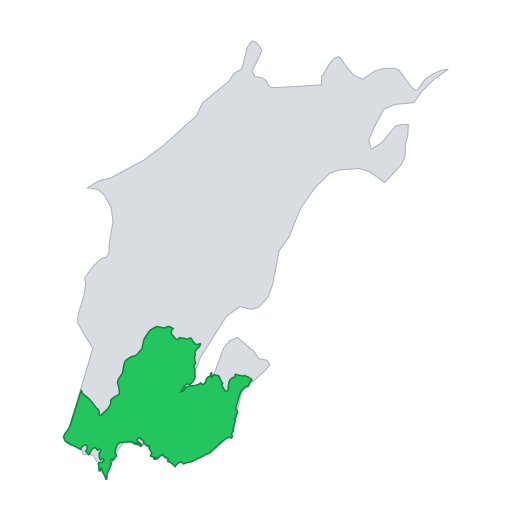 where Guanacaste sits in Costa Rica, rotated 267°
{"feature_id": "CRI-1334", "entity_name": "Guanacaste", "entity_type": "Province", "adm_level": 1, "iso_a3": "CRI", "parent_name": "Costa Rica", "parent_adm1": "", "projection": "albers", "projection_center": [-85.354, 10.467], "detail": "fine", "context": "in_parent", "style": "filled", "palette": "green", "viewbox_px": 512, "rotation_deg": 267, "n_neighbors": 0, "source": "natural_earth", "source_scale": "10m", "svg_char_len": 6794}
<svg xmlns="http://www.w3.org/2000/svg" viewBox="0 0 512 512"><g transform="rotate(267 256 256)"><path d="M471.0,263.3L470.3,265.7L468.1,268.2L465.0,270.8L460.8,272.5L450.7,267.4L440.8,261.6L435.3,264.4L433.4,272.0L429.7,276.0L425.1,277.6L423.3,280.1L423.1,306.0L423.6,330.3L431.1,330.8L443.7,339.2L449.1,344.1L450.8,348.7L449.3,350.9L440.2,356.3L431.3,363.1L426.9,371.5L434.8,385.0L436.6,394.2L436.4,403.8L434.2,408.5L417.0,419.6L413.2,423.5L413.7,426.3L423.4,433.9L427.9,441.2L431.8,450.1L432.4,457.8L423.6,443.6L411.4,430.0L400.9,421.7L400.0,402.0L395.7,391.4L379.9,381.7L366.4,374.9L356.4,376.3L362.6,387.6L378.5,402.0L379.6,407.5L379.4,415.0L368.5,413.9L358.9,410.9L347.2,410.0L339.3,405.6L322.7,388.4L334.4,373.6L338.0,363.9L337.6,343.8L334.8,334.1L322.0,319.3L301.7,303.2L273.4,290.0L260.0,279.3L226.9,271.2L214.3,265.8L204.4,255.7L203.0,248.5L206.4,237.3L197.2,223.2L157.8,195.3L135.8,185.1L131.1,179.0L127.6,177.2L131.0,196.4L140.6,208.0L165.7,218.8L172.7,225.1L175.5,233.3L160.9,249.0L153.5,253.0L151.3,261.6L146.5,264.2L141.5,259.3L121.1,234.7L81.6,222.8L74.5,215.6L59.8,193.1L53.1,172.5L55.6,158.9L71.8,137.6L76.8,128.3L75.8,122.6L76.3,114.1L70.3,108.3L55.4,100.6L45.9,94.4L48.5,91.4L65.6,83.1L66.7,75.7L66.6,73.2L69.4,72.7L71.9,70.7L73.4,68.7L78.1,61.5L82.2,57.5L86.9,56.8L92.7,59.8L114.2,67.5L138.2,76.1L172.4,88.3L186.5,80.4L198.7,74.4L207.2,75.3L225.6,82.2L236.6,84.4L243.4,83.7L255.2,93.8L261.6,101.5L262.7,106.6L266.3,109.3L275.4,109.9L297.9,115.0L311.6,113.9L324.0,108.3L330.8,101.7L332.9,91.3L336.0,96.5L339.8,104.5L341.5,114.8L357.8,149.4L370.8,168.8L399.2,203.9L411.5,210.3L432.3,238.6L439.5,243.2L443.6,251.6L465.0,258.3L471.0,263.3Z" fill="#d9dde1" stroke="#a8b0b8" stroke-width="1"/><path d="M85.2,54.2L88.8,56.0L92.4,59.3L96.5,61.6L109.3,66.4L126.4,72.7L130.9,74.4L130.6,74.7L129.7,74.9L128.9,75.2L128.4,75.2L128.1,75.3L127.6,75.7L121.5,82.5L111.6,89.3L111.4,89.9L111.0,90.5L109.8,91.0L105.5,91.3L105.1,91.9L105.0,92.2L105.0,92.5L105.3,93.1L105.5,93.3L111.2,100.0L112.6,101.1L115.7,102.9L116.5,103.2L119.4,103.5L119.7,103.6L120.0,103.8L120.3,103.9L120.8,104.4L122.0,106.1L125.1,112.3L128.9,112.4L132.2,112.1L134.9,111.4L136.5,111.2L137.3,111.2L138.1,111.2L138.9,111.6L139.9,112.1L143.6,114.6L144.6,115.5L145.3,116.1L147.3,116.8L154.1,118.4L155.5,118.8L157.2,119.5L158.0,120.0L158.8,120.9L160.6,123.7L162.0,126.4L162.6,129.8L163.0,130.7L163.7,131.8L164.1,132.3L167.5,135.3L168.9,136.9L170.6,137.6L177.6,139.4L179.9,140.5L187.2,146.1L188.1,147.6L190.9,153.2L188.9,160.3L189.4,162.7L189.8,163.5L190.0,163.8L190.3,164.4L190.1,165.6L188.0,169.5L186.1,167.9L185.5,167.7L184.8,167.4L184.1,167.4L183.2,167.4L182.6,167.5L182.2,167.7L181.5,168.2L180.4,169.4L179.9,169.8L178.7,170.4L178.0,170.9L177.4,171.5L177.1,172.0L176.9,172.4L176.8,172.8L176.8,173.2L176.8,173.5L177.0,173.8L177.2,174.1L178.1,174.9L178.3,175.2L178.4,175.5L178.4,175.9L178.4,176.2L177.8,177.9L177.5,180.4L177.4,180.8L176.6,182.4L176.5,182.9L176.5,183.2L176.6,183.5L176.7,183.8L176.9,184.1L177.3,184.5L177.5,184.9L177.5,185.4L177.5,186.3L177.3,186.8L177.0,187.1L174.6,188.2L174.0,188.5L171.7,190.6L171.1,191.3L170.8,191.9L170.7,192.7L170.7,193.1L170.8,193.8L171.3,195.2L171.4,195.7L171.2,195.9L170.9,195.9L170.5,195.8L170.2,195.7L169.0,195.1L168.0,194.3L167.5,193.9L166.0,191.9L165.0,191.1L164.8,190.9L163.6,190.3L163.0,190.0L162.6,189.9L162.2,189.9L161.7,190.0L161.1,190.2L160.8,190.2L160.5,190.2L160.2,190.2L159.9,190.0L159.6,189.9L159.2,189.5L158.9,189.3L158.5,189.2L158.2,189.2L157.5,189.4L156.7,189.5L156.3,189.5L155.9,189.4L154.8,189.4L152.3,190.1L151.7,189.8L151.2,189.5L149.6,188.0L147.3,188.8L138.7,188.9L136.4,188.3L134.4,186.9L131.2,183.5L131.2,182.7L131.9,180.4L129.7,177.7L124.3,173.9L125.0,176.5L128.7,179.2L129.6,182.3L129.9,188.3L130.7,191.8L132.2,194.2L130.5,195.3L130.7,197.0L132.2,198.7L136.1,200.1L137.5,201.6L139.2,204.8L140.0,204.8L141.0,204.4L141.4,204.8L141.6,205.6L140.5,205.7L139.4,205.6L138.3,205.2L137.4,204.8L137.4,205.6L139.7,207.8L138.5,211.9L137.7,213.0L134.9,213.7L134.3,213.9L131.0,215.8L130.4,216.0L130.2,215.9L129.9,215.7L129.7,215.4L129.5,215.2L128.6,215.3L127.3,215.7L124.2,217.3L123.0,218.3L122.5,219.3L122.7,220.1L123.1,220.7L123.6,221.1L124.1,221.4L124.7,221.5L125.9,221.3L126.3,221.3L126.7,221.3L127.8,221.5L128.1,221.6L128.7,222.0L129.0,222.1L129.3,222.2L130.5,222.2L131.3,222.3L132.1,222.8L133.1,223.1L133.4,223.3L133.6,223.5L134.2,224.3L134.9,224.9L135.2,225.4L135.4,225.8L135.5,226.0L135.8,226.6L135.9,227.4L136.1,228.1L136.2,228.4L136.5,228.6L136.8,228.7L138.7,229.1L138.9,229.4L139.0,229.7L138.6,230.5L138.1,231.8L136.8,236.8L136.8,237.6L137.0,238.1L137.3,238.5L137.4,238.8L137.3,239.0L136.5,239.6L136.3,240.0L136.0,240.6L135.7,241.7L135.4,242.2L135.1,242.6L134.7,242.8L134.4,243.1L133.6,244.8L133.2,245.0L132.2,245.4L131.9,245.7L131.9,245.8L131.2,244.1L130.7,243.5L129.5,242.8L126.3,241.5L126.1,240.5L126.1,239.3L126.0,238.4L123.0,235.0L118.8,232.6L105.1,227.7L103.9,228.0L102.1,229.3L101.2,229.6L100.0,229.3L98.3,228.0L96.9,227.7L96.1,227.7L95.8,227.5L95.6,227.1L95.2,226.5L94.3,226.1L93.5,226.3L93.1,226.7L93.0,226.9L85.8,224.6L82.3,224.1L81.5,223.6L80.9,222.9L79.9,222.4L78.4,222.5L77.5,223.1L76.7,223.1L75.5,221.6L76.4,219.2L75.1,216.0L62.1,199.9L61.3,198.5L60.3,195.0L58.8,192.6L53.8,180.4L53.4,176.8L52.8,174.5L52.1,172.9L53.9,171.2L54.6,170.0L54.3,168.9L51.6,165.5L49.9,164.4L50.9,163.1L53.1,161.4L54.6,159.2L55.6,157.1L57.8,157.9L58.9,156.6L59.9,154.6L62.6,152.5L61.5,150.2L59.6,147.8L58.3,146.4L59.1,145.9L59.4,145.7L60.0,145.5L60.0,144.7L58.3,144.7L58.3,143.8L59.7,143.5L60.7,142.6L61.8,140.2L62.6,140.2L64.4,141.6L66.9,140.6L69.4,139.2L71.4,139.4L72.2,139.4L72.0,137.7L72.4,136.9L73.1,136.4L73.8,135.9L75.0,133.9L75.4,134.0L77.0,134.1L80.8,130.1L80.5,129.0L79.9,128.2L78.2,127.1L73.0,132.4L72.9,131.9L72.9,131.5L72.8,131.3L72.2,131.4L72.2,130.6L73.6,129.0L74.5,128.3L75.6,128.0L74.8,127.1L74.6,127.2L74.5,127.4L74.2,127.7L73.8,128.0L74.1,126.9L74.2,126.5L75.6,126.1L75.6,125.3L74.8,125.3L74.8,124.3L76.9,122.7L77.3,118.3L76.6,109.8L74.7,107.5L70.5,105.6L66.3,104.9L64.4,106.2L63.6,106.2L60.2,103.3L59.1,102.2L59.7,102.4L60.5,102.1L60.8,101.4L60.1,100.5L59.2,100.3L56.7,100.5L55.7,100.5L52.0,99.0L49.0,97.3L45.8,95.9L41.0,95.2L41.0,94.3L43.9,93.6L49.2,91.1L52.2,90.8L51.8,90.0L51.4,89.5L50.8,89.2L49.6,89.0L49.6,88.1L55.9,87.8L57.5,88.1L58.2,89.1L58.0,90.3L57.7,91.2L57.9,91.7L58.5,91.9L60.1,93.4L60.9,93.4L61.8,92.5L61.8,91.7L60.4,90.2L61.8,89.3L64.5,88.9L67.0,89.0L67.9,89.4L69.0,90.6L70.0,90.8L70.9,90.5L71.2,89.7L71.1,88.9L70.5,88.2L70.5,87.2L72.4,86.5L72.9,85.1L72.5,83.4L71.4,81.9L70.5,81.2L68.4,80.3L67.5,79.7L66.4,78.6L66.4,78.3L67.0,78.1L67.9,77.5L69.8,75.7L71.0,76.3L72.3,77.5L74.8,77.5L76.3,76.1L76.0,74.2L74.6,72.4L73.1,71.3L72.0,70.8L75.1,65.8L77.4,60.8L81.0,55.9L85.2,54.2Z" fill="#22c55e" stroke="#15803d" stroke-width="1.5"/></g></svg>